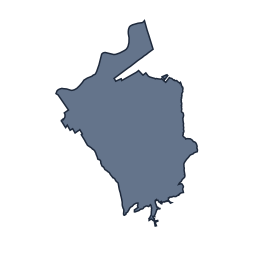 Cuzdrioara, Cluj, Romania (orthographic projection), rotated 168°
{"feature_id": "2599482B38314546177556", "entity_name": "Cuzdrioara", "entity_type": "district", "adm_level": 2, "iso_a3": "ROU", "parent_name": "Romania", "parent_adm1": "Cluj", "projection": "orthographic", "projection_center": [23.913, 47.18], "detail": "fine", "context": "isolated", "style": "filled", "palette": "slate", "viewbox_px": 256, "rotation_deg": 168, "n_neighbors": 0, "source": "geoboundaries", "source_scale": "gbopen_adm2", "svg_char_len": 5571}
<svg xmlns="http://www.w3.org/2000/svg" viewBox="0 0 256 256"><g transform="rotate(168 128 128)"><path d="M150.3,43.9L150.0,43.6L149.6,43.4L148.3,43.9L147.9,44.5L147.7,44.5L147.6,45.3L146.7,45.5L145.6,46.1L144.9,47.1L144.6,47.2L143.1,49.1L141.7,50.1L140.0,50.6L138.2,52.0L135.9,52.7L135.2,52.7L133.9,52.5L134.3,50.8L134.9,50.0L134.7,48.6L134.6,48.3L138.8,46.5L138.8,46.0L139.2,44.7L138.7,44.4L134.4,45.0L133.1,45.7L132.4,45.9L130.5,45.9L129.7,46.3L128.9,47.2L126.3,47.9L125.4,47.7L124.4,46.9L124.0,46.9L123.0,47.6L122.1,48.4L121.8,48.0L121.7,47.6L121.6,47.2L121.7,46.5L121.7,45.8L121.7,45.7L121.5,45.2L121.5,44.7L122.1,43.2L122.1,42.5L122.5,41.6L123.2,38.8L123.6,37.8L124.1,37.4L125.3,35.8L126.3,35.1L125.7,34.1L126.6,33.7L126.6,33.2L124.9,33.9L124.1,34.0L123.6,33.6L122.9,32.6L122.3,31.9L122.2,31.9L121.7,32.8L121.6,31.6L121.6,30.0L121.8,29.7L121.7,27.7L121.9,26.6L121.5,26.4L120.5,26.5L120.8,28.4L121.5,29.7L119.4,30.5L118.1,30.8L118.2,31.4L121.1,31.4L121.3,32.7L121.0,33.8L121.0,34.0L121.7,34.4L121.8,34.7L122.0,35.2L122.1,36.4L121.5,36.3L120.3,35.9L120.4,36.3L120.1,37.0L119.5,37.8L118.3,39.6L116.8,42.3L116.4,42.1L115.8,42.5L114.6,42.7L114.2,42.3L113.5,42.4L113.5,42.7L114.1,42.8L115.2,43.8L115.8,44.2L115.6,44.5L116.3,44.9L116.4,45.3L116.4,45.9L116.3,46.3L116.7,48.4L116.8,49.2L116.6,50.6L116.0,51.0L116.0,51.3L116.2,51.6L115.0,52.1L115.0,51.9L115.4,51.3L113.7,51.1L113.3,49.7L113.4,49.4L112.7,49.1L111.7,47.5L111.1,46.9L110.8,46.9L111.3,49.1L110.6,49.3L110.2,47.7L109.8,48.0L108.5,48.4L107.6,48.0L107.4,48.3L106.0,48.2L105.8,48.7L105.6,48.7L104.7,48.3L104.4,48.1L104.2,48.5L103.3,47.9L102.6,46.8L102.3,46.0L102.1,45.7L101.9,45.8L101.9,46.1L101.0,45.8L100.7,45.9L101.4,46.2L102.2,46.8L103.4,48.8L103.5,49.4L103.2,50.3L102.8,50.9L102.9,51.2L102.3,51.4L102.4,51.1L102.1,51.1L101.4,51.5L100.9,51.6L100.0,51.6L99.6,51.3L98.0,51.7L96.1,51.1L95.3,51.0L94.2,51.5L93.0,51.7L92.7,52.1L92.3,51.8L91.9,52.4L91.3,52.5L91.2,52.9L90.8,53.1L89.1,53.5L87.2,53.4L87.2,55.5L87.3,56.9L86.6,58.1L86.0,58.9L86.1,60.1L86.5,61.0L86.7,61.8L87.1,62.2L88.2,62.5L90.2,62.3L88.9,63.7L87.1,64.6L85.6,66.4L83.1,67.9L82.8,68.2L82.5,68.8L82.2,69.6L82.4,70.7L82.1,70.8L81.9,75.2L81.3,77.0L81.3,78.7L81.1,79.6L80.9,81.0L80.5,81.8L79.5,83.0L77.3,85.1L74.9,86.8L73.1,88.4L72.0,88.8L69.6,89.2L68.8,89.8L68.4,90.0L66.7,90.3L65.2,90.4L64.6,92.0L64.6,93.1L64.9,93.9L64.9,94.1L64.3,95.3L64.2,96.0L64.4,98.0L64.7,99.1L65.0,99.7L65.7,100.5L66.9,101.1L67.6,102.7L68.2,103.3L69.0,104.2L69.4,104.5L72.6,105.4L73.8,105.2L74.0,105.9L74.2,106.4L74.6,107.0L75.2,107.5L75.8,108.7L76.0,109.2L75.3,110.3L75.2,110.9L75.1,111.2L75.0,111.9L74.3,112.4L74.1,112.9L73.9,114.3L74.1,114.9L74.0,115.3L73.4,116.9L73.4,118.6L72.7,121.0L72.8,122.3L72.6,123.4L72.7,123.8L72.3,125.6L72.4,126.2L71.7,127.1L71.0,128.7L70.9,130.3L71.1,131.4L71.3,131.7L72.2,132.5L72.3,132.9L71.9,134.3L71.5,135.2L71.4,135.5L71.5,136.6L71.2,137.5L71.2,138.1L70.9,138.3L70.9,138.5L71.2,138.9L70.7,139.6L70.4,140.5L70.3,141.6L70.6,142.2L70.3,142.9L70.4,143.3L70.1,143.8L70.2,144.3L70.2,144.6L70.0,145.0L69.5,145.6L69.6,146.4L69.2,146.6L68.9,147.7L68.6,148.1L68.6,148.3L68.8,148.7L68.7,148.9L68.4,149.0L68.4,149.8L68.3,150.4L67.0,151.9L66.8,152.2L66.7,153.7L66.3,154.3L66.3,154.7L65.9,155.6L66.0,155.9L66.4,156.2L66.1,156.7L66.1,156.8L66.5,157.1L66.7,158.1L67.0,158.7L66.8,159.5L67.2,161.8L67.9,161.4L67.7,161.0L67.9,160.9L68.0,161.3L69.3,162.4L70.5,164.3L71.1,164.2L72.1,164.6L72.7,165.3L73.0,165.0L73.6,165.7L74.1,166.2L74.8,167.3L76.4,168.1L77.1,168.7L81.6,164.8L83.2,166.8L78.2,171.0L78.8,172.0L80.3,171.6L80.3,171.8L84.1,171.0L84.0,170.7L81.9,168.3L83.3,167.2L84.9,169.3L85.7,168.9L88.6,169.9L89.9,170.5L91.1,170.4L91.2,170.7L91.4,170.9L93.8,172.1L96.4,173.6L97.4,174.6L99.1,178.2L102.3,176.6L102.5,176.8L105.7,182.0L108.1,180.8L124.3,175.7L124.4,176.2L124.4,177.6L124.6,177.6L130.3,176.3L131.0,178.7L131.3,179.4L115.3,186.8L112.8,187.8L104.3,192.0L99.1,194.2L97.3,195.2L94.7,196.2L92.2,197.5L87.1,199.8L88.4,214.4L89.0,220.0L89.6,229.6L91.1,228.5L91.7,228.2L92.5,228.1L96.4,228.4L102.1,228.0L103.9,227.5L104.8,227.1L105.6,226.5L106.5,225.2L107.0,224.3L107.6,222.6L107.9,221.2L108.1,220.0L108.2,216.0L109.3,211.4L110.9,208.0L111.8,206.8L113.3,205.4L115.4,204.5L119.0,203.5L120.6,203.1L124.6,202.6L126.6,202.8L134.6,206.6L135.7,206.7L137.1,206.5L138.4,205.7L143.2,195.9L146.9,189.8L148.5,187.8L149.1,187.4L151.2,186.9L152.7,186.1L157.4,185.3L161.1,184.0L163.2,182.0L166.6,179.4L169.8,177.4L172.3,176.6L174.2,176.4L175.7,176.6L179.8,178.9L183.6,180.1L184.4,180.5L187.0,180.3L188.4,179.9L189.7,179.1L191.3,176.6L189.5,174.9L182.5,158.0L187.2,156.0L186.8,154.5L187.1,152.9L187.4,151.9L187.7,151.4L189.3,149.8L189.6,149.6L189.8,150.2L190.4,149.7L191.5,149.4L191.8,148.8L191.5,148.3L189.7,143.2L188.9,141.3L186.8,143.4L185.1,137.8L182.3,138.8L180.8,134.1L177.8,135.4L176.1,136.0L175.5,136.4L173.9,131.7L175.1,131.2L172.7,124.4L172.7,124.1L171.2,119.5L167.8,116.0L167.3,115.0L167.0,114.6L166.3,114.2L166.2,113.9L165.4,112.8L165.0,111.2L164.7,110.2L164.6,108.6L164.1,106.0L164.0,103.9L163.5,103.3L162.8,103.2L162.3,102.8L161.6,101.3L161.9,99.1L161.6,98.5L161.7,97.8L161.2,95.9L161.0,95.6L160.6,95.5L160.1,95.0L159.8,94.3L159.7,93.8L159.3,92.4L159.0,91.9L158.5,91.6L158.0,90.8L157.3,90.3L156.6,89.2L155.9,88.7L155.4,87.9L154.9,86.1L153.6,83.6L153.3,82.7L153.0,82.8L152.7,82.5L152.0,81.6L151.3,80.6L151.1,79.4L150.8,78.7L149.1,76.2L149.3,70.0L149.2,68.1L149.0,66.1L149.1,63.6L149.0,61.8L149.0,59.4L149.1,57.0L149.1,56.6L149.6,54.2L149.7,52.9L149.4,50.1L149.1,49.6L149.2,48.2L150.2,45.1L150.3,43.9Z" fill="#64748b" stroke="#1e293b" stroke-width="1.5"/></g></svg>